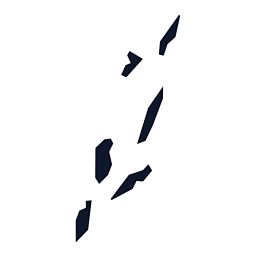 outline of Solomon Islands, rotated 79°
{"feature_id": "SLB", "entity_name": "Solomon Islands", "entity_type": "country or territory", "adm_level": 0, "iso_a3": "SLB", "parent_name": "Oceania", "parent_adm1": "", "projection": "albers", "projection_center": [159.585, -9.221], "detail": "coarse", "context": "isolated", "style": "filled", "palette": "ink", "viewbox_px": 256, "rotation_deg": 79, "n_neighbors": 0, "source": "natural_earth", "source_scale": "50m", "svg_char_len": 738}
<svg xmlns="http://www.w3.org/2000/svg" viewBox="0 0 256 256"><g transform="rotate(79 128 128)"><path d="M140.1,146.2L147.5,151.8L160.6,151.4L169.8,157.2L176.3,166.6L170.5,168.9L141.8,163.1L135.4,153.1L135.8,147.6L140.1,146.2ZM174.1,113.3L182.5,123.6L180.7,130.0L188.0,135.6L194.9,158.1L174.8,135.7L172.9,121.0L168.7,115.3L174.1,113.3ZM144.5,120.8L112.6,103.8L96.0,86.8L105.4,88.8L129.2,103.4L143.2,113.7L144.5,120.8ZM192.7,178.5L219.8,187.2L228.7,200.0L208.9,196.2L200.5,191.0L198.9,183.9L192.3,182.7L192.7,178.5ZM62.8,79.5L61.3,82.8L49.6,79.4L27.3,56.0L47.1,64.6L52.7,73.8L62.8,79.5ZM63.0,101.4L77.0,120.0L74.4,123.6L66.5,117.9L65.4,111.9L56.7,114.1L53.8,111.7L63.0,101.4Z" fill="#0f172a" stroke="#020617" stroke-width="1.5"/></g></svg>